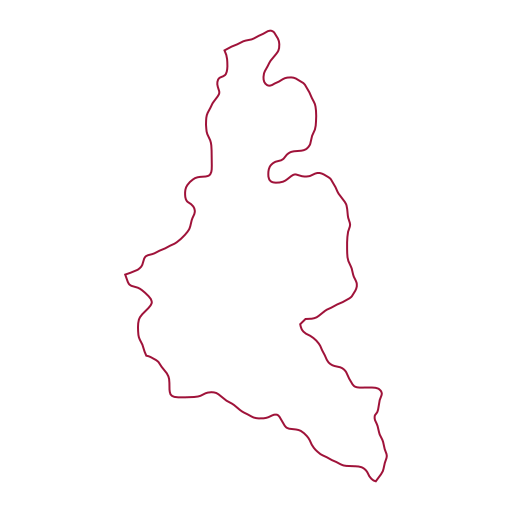 outline of Los Almácigos, Santiago Rodríguez, Dominican Republic
{"feature_id": "3306468B75896846080251", "entity_name": "Los Almácigos", "entity_type": "district", "adm_level": 2, "iso_a3": "DOM", "parent_name": "Dominican Republic", "parent_adm1": "Santiago Rodríguez", "projection": "mercator", "projection_center": [-71.426, 19.324], "detail": "fine", "context": "isolated", "style": "outline", "palette": "rose", "viewbox_px": 512, "rotation_deg": 0, "n_neighbors": 0, "source": "geoboundaries", "source_scale": "gbopen_adm2", "svg_char_len": 5084}
<svg xmlns="http://www.w3.org/2000/svg" viewBox="0 0 512 512"><path d="M125.2,274.6L127.8,281.9L128.8,283.8L129.5,284.6L131.3,285.8L137.8,287.7L140.0,288.8L142.0,290.2L145.0,292.7L148.6,296.2L150.8,299.0L151.6,301.1L151.8,302.3L151.6,303.4L150.6,305.4L148.4,308.1L142.3,314.2L140.0,317.2L138.9,319.6L138.2,323.3L138.0,327.2L138.1,331.0L138.4,334.9L138.9,337.3L139.8,339.6L142.4,344.7L144.6,351.7L146.3,355.7L148.5,356.2L150.5,357.0L156.1,360.1L157.8,361.4L158.6,362.2L161.6,366.8L166.8,373.3L168.4,376.4L169.1,379.0L169.4,383.0L169.5,389.6L169.8,392.0L170.5,394.3L171.3,395.2L172.2,396.0L174.4,396.9L178.0,397.3L185.9,397.3L194.1,397.0L198.0,396.5L200.5,395.8L205.5,393.3L207.8,392.6L211.4,392.2L213.9,392.4L216.3,393.0L218.5,394.3L226.5,400.7L231.9,403.6L234.0,405.0L240.0,410.0L242.1,411.5L244.2,412.7L247.5,414.3L251.5,416.5L253.6,417.5L256.1,418.1L258.6,418.4L263.7,418.3L266.1,417.9L268.4,417.2L272.2,415.4L274.1,414.7L276.1,414.6L277.2,414.8L278.1,415.3L279.5,416.8L284.7,425.7L286.1,427.3L287.0,427.9L289.1,428.7L296.1,429.5L298.5,430.0L300.8,430.9L304.0,433.2L306.8,436.0L308.4,438.0L309.7,440.2L311.7,444.6L313.8,447.8L315.5,449.8L317.4,451.6L320.4,454.1L322.6,455.3L326.9,457.3L331.9,460.1L336.3,462.0L340.4,464.2L342.5,465.1L343.8,465.5L346.4,465.9L355.9,466.3L358.5,466.5L361.1,467.1L362.4,467.6L364.3,468.8L366.0,470.4L367.3,472.2L369.3,476.2L371.3,478.7L373.0,480.1L373.8,480.6L375.8,481.3L381.0,474.3L382.8,471.2L383.5,468.9L384.8,463.0L386.5,458.0L386.8,456.0L386.5,454.0L384.7,449.1L383.1,441.9L382.3,439.7L379.7,434.5L379.0,432.1L377.6,426.1L376.8,424.0L375.0,420.1L374.6,418.1L374.7,416.1L375.0,415.2L377.1,412.4L377.5,411.5L378.1,409.5L379.7,400.1L381.5,395.3L381.7,394.4L381.8,393.3L381.5,392.3L381.1,391.3L380.5,390.5L378.9,389.0L377.9,388.5L375.5,387.8L371.6,387.5L359.6,387.6L357.1,387.3L356.0,387.0L354.9,386.6L353.9,385.9L352.5,384.3L349.2,378.7L346.3,372.4L345.7,371.4L344.2,369.7L342.4,368.3L340.3,367.3L334.5,366.0L332.3,365.2L330.3,364.0L328.6,362.5L327.3,360.6L326.7,359.6L324.8,355.3L322.1,350.2L320.2,345.8L318.8,343.6L316.3,340.6L313.4,338.0L310.2,335.8L306.0,333.7L303.4,331.6L302.0,329.8L301.5,328.8L300.7,326.5L300.2,324.2L305.5,319.0L311.8,318.7L314.2,318.2L316.6,317.3L318.7,315.9L324.7,311.1L326.8,309.7L331.2,307.7L337.3,304.4L342.7,302.1L349.5,298.3L351.2,297.0L351.9,296.2L355.3,290.7L356.2,288.7L356.8,286.4L356.8,284.0L356.6,282.8L355.8,280.7L353.8,276.7L353.1,274.5L351.7,268.5L350.8,266.3L348.4,261.1L347.5,257.3L347.2,253.2L347.1,249.1L347.1,242.3L347.4,236.9L348.1,231.7L349.8,226.7L350.1,224.7L349.8,222.8L348.2,217.8L347.8,215.4L347.2,209.1L346.5,205.4L346.1,204.2L344.8,201.9L338.6,193.7L337.4,191.5L335.5,187.2L331.0,179.5L330.3,178.6L328.6,177.3L323.9,174.5L321.9,173.6L319.7,173.0L317.3,173.0L315.1,173.6L310.2,175.9L309.0,176.2L306.6,176.5L304.2,176.5L301.9,176.2L296.1,174.5L295.1,174.4L294.1,174.6L293.0,175.0L291.1,176.2L287.3,179.2L285.3,180.6L283.0,181.7L279.4,182.5L275.7,182.7L273.4,182.4L272.3,182.1L271.2,181.6L270.3,180.8L269.5,179.9L269.0,178.8L268.4,176.5L268.3,174.1L268.4,171.7L268.8,169.3L269.7,166.9L270.3,165.9L271.0,165.0L272.7,163.4L274.6,162.2L275.7,161.7L281.1,160.3L282.8,159.3L283.6,158.7L286.8,154.7L288.5,153.3L290.4,152.2L291.6,151.8L293.9,151.3L301.3,150.7L303.7,150.2L305.8,149.3L306.8,148.6L308.4,147.0L309.7,145.1L310.2,144.0L312.1,135.8L314.9,129.6L315.7,125.7L316.0,121.6L316.2,116.1L316.0,110.7L315.5,106.6L314.9,104.1L313.9,101.9L311.8,97.9L309.4,92.4L304.9,84.7L303.4,83.1L295.8,78.5L293.5,77.7L291.1,77.4L287.3,77.6L284.9,78.2L282.8,79.2L278.9,81.6L274.7,83.5L272.1,85.0L270.2,85.6L269.2,85.7L268.1,85.5L267.1,85.1L265.4,83.7L264.2,81.8L263.6,79.5L263.5,77.0L264.0,73.4L264.9,71.1L267.7,66.1L269.3,62.9L270.6,60.7L276.3,53.8L277.8,51.7L278.4,50.5L279.1,48.1L279.3,44.3L279.0,41.8L278.7,40.6L277.8,38.4L274.5,33.0L273.9,32.2L273.0,31.5L272.0,31.0L271.0,30.7L269.9,30.7L267.8,31.2L263.2,33.8L258.8,35.8L253.8,38.5L251.6,39.4L245.6,40.6L243.3,41.3L237.1,44.4L231.6,46.6L224.5,50.4L226.3,55.0L227.1,59.2L227.3,62.1L227.4,66.4L227.2,69.2L226.7,71.8L225.8,74.1L225.1,75.0L223.3,76.2L220.4,77.4L219.5,77.9L218.7,78.7L218.1,79.6L217.4,81.9L217.3,84.3L217.8,86.8L219.2,91.3L219.3,92.3L219.2,93.4L218.8,94.5L217.6,96.5L213.9,101.4L212.5,103.4L210.4,107.8L207.7,112.8L206.8,115.2L206.3,117.8L206.1,120.6L206.0,124.7L206.3,128.8L206.6,131.5L207.3,134.1L210.2,140.3L210.9,142.8L211.3,145.4L211.6,150.7L211.8,165.7L211.7,169.5L211.3,171.9L210.4,174.0L209.7,174.9L208.8,175.6L207.8,176.0L205.7,176.5L199.9,176.9L197.5,177.3L195.1,178.1L192.9,179.5L189.9,182.0L187.4,185.0L186.1,187.3L185.4,189.7L185.1,192.3L185.1,194.7L185.3,197.1L185.9,199.4L187.0,201.3L187.8,202.0L191.1,204.2L193.3,206.5L194.3,208.4L194.8,210.7L194.8,211.9L194.3,214.1L192.5,218.0L191.7,220.2L190.3,226.1L189.5,228.5L188.9,229.7L187.4,231.9L184.8,235.0L180.9,238.9L176.7,242.3L174.5,243.7L170.1,245.7L165.1,248.4L159.5,250.7L154.5,253.3L152.3,254.1L148.0,255.2L146.1,256.1L145.3,256.8L144.2,258.5L142.3,264.8L141.2,266.7L139.6,268.3L137.8,269.7L136.7,270.2L130.4,272.8L125.2,274.6Z" fill="none" stroke="#9f1239" stroke-width="2"/></svg>